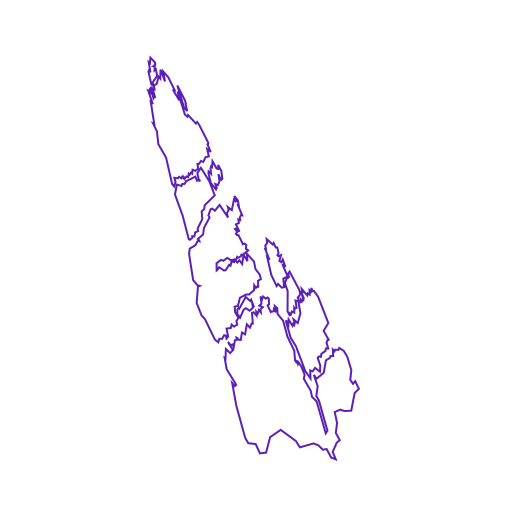 Aure nor, Møre og Romsdal, Norway, rotated 79°
{"feature_id": "86288312B29042304945393", "entity_name": "Aure nor", "entity_type": "district", "adm_level": 2, "iso_a3": "NOR", "parent_name": "Norway", "parent_adm1": "Møre og Romsdal", "projection": "natural_earth1", "projection_center": [8.387, 63.283], "detail": "fine", "context": "isolated", "style": "outline", "palette": "violet", "viewbox_px": 512, "rotation_deg": 79, "n_neighbors": 0, "source": "geoboundaries", "source_scale": "gbopen_adm2", "svg_char_len": 6101}
<svg xmlns="http://www.w3.org/2000/svg" viewBox="0 0 512 512"><g transform="rotate(79 256 256)"><path d="M406.0,180.3L397.8,182.5L400.0,185.1L395.6,187.1L386.2,184.2L372.4,185.6L365.8,188.0L362.1,191.9L363.9,193.1L363.1,196.1L364.5,197.1L362.5,198.4L368.9,199.3L368.4,201.9L370.1,202.8L371.8,207.3L383.6,211.8L388.0,220.0L383.7,221.9L395.6,220.3L404.9,223.5L409.9,221.8L441.1,219.2L443.4,221.4L410.4,224.2L404.9,227.9L398.6,228.0L385.6,232.5L381.9,230.9L373.1,232.6L368.8,234.4L370.0,235.3L367.4,235.3L366.7,236.2L367.8,236.8L366.0,237.6L356.3,236.5L341.2,240.5L324.8,241.7L317.0,245.9L311.3,245.1L308.7,247.0L315.0,247.2L311.8,248.6L313.6,249.1L313.7,251.7L312.4,252.0L313.0,252.0L313.4,252.3L306.7,254.0L305.8,252.3L300.1,251.6L298.9,252.6L299.7,254.6L297.1,256.7L299.8,258.3L296.5,259.3L303.9,259.7L305.4,262.2L307.5,259.1L309.2,261.8L312.3,262.0L309.6,263.5L312.9,265.4L310.8,266.4L314.5,266.9L310.8,269.0L311.1,270.8L321.7,272.0L321.5,273.2L325.2,275.6L321.3,278.0L330.8,281.7L328.5,284.4L335.5,287.0L334.6,289.8L333.5,289.6L332.5,290.7L334.6,290.6L334.8,292.8L341.3,295.3L338.4,295.8L338.8,297.7L335.0,300.0L344.0,296.6L346.4,299.9L341.6,303.3L350.8,305.5L350.0,306.2L361.5,306.4L378.6,300.0L379.7,301.5L376.1,303.6L399.1,303.9L432.5,301.3L438.3,299.3L440.5,292.2L450.5,289.8L450.9,283.6L436.5,276.7L431.4,264.9L445.3,252.1L452.2,249.4L451.0,235.2L453.8,230.8L458.9,227.4L459.0,223.5L468.1,220.7L470.8,216.5L462.9,218.1L454.6,212.3L452.8,208.9L444.9,211.4L435.4,208.3L424.2,208.5L422.9,202.6L425.1,198.7L426.0,192.0L409.3,185.3L406.0,180.3ZM225.4,271.5L225.1,269.7L229.0,267.5L221.1,269.7L220.3,266.5L216.8,266.4L217.8,264.7L215.2,264.6L212.9,262.9L213.4,261.8L201.4,264.3L203.0,263.3L198.0,263.2L193.0,265.8L199.3,265.1L196.4,266.9L206.4,271.0L202.5,274.3L205.7,274.1L208.5,276.5L212.9,276.1L198.9,282.0L203.7,287.7L201.1,290.0L201.5,291.7L207.1,295.0L209.3,294.2L218.6,301.8L224.8,303.8L228.2,309.9L230.0,308.7L230.7,308.7L229.7,309.9L233.9,313.5L236.1,319.6L241.1,321.3L267.7,322.3L274.8,318.3L274.3,317.5L274.6,317.0L274.9,318.8L290.7,323.2L303.9,320.8L308.4,318.1L330.2,312.3L333.5,309.5L330.3,307.8L330.8,305.0L327.7,302.4L328.3,300.8L332.6,300.7L330.3,300.4L329.9,298.7L321.6,298.8L321.9,294.5L318.6,293.0L321.1,291.1L319.8,287.6L316.1,287.6L313.3,285.0L307.1,287.2L301.7,286.6L301.4,283.2L293.9,279.7L291.9,272.9L292.5,270.3L289.2,264.5L284.4,263.3L287.3,262.2L285.9,260.3L287.5,259.8L280.7,258.8L279.6,255.6L274.9,255.9L268.8,259.0L261.1,259.0L252.1,264.5L259.4,265.4L252.4,268.0L261.2,271.1L257.0,273.1L258.9,275.6L255.8,277.5L257.8,278.6L256.8,281.1L260.7,282.9L259.5,284.1L264.1,288.4L264.2,290.1L260.0,294.4L262.3,296.7L262.7,297.4L255.6,296.1L253.1,291.0L254.5,288.9L252.4,284.7L255.2,281.6L255.5,276.1L253.3,274.7L254.3,274.1L253.5,271.0L251.9,270.1L252.6,268.7L248.9,262.6L246.9,264.6L243.3,263.4L241.5,265.0L242.0,266.6L232.2,269.2L231.8,270.7L230.4,271.5L228.8,269.8L225.4,271.5ZM145.2,280.6L136.3,282.5L137.2,281.8L136.0,281.2L116.6,286.7L113.2,288.2L114.5,289.7L104.7,295.8L106.2,296.7L103.6,298.8L79.5,301.5L88.7,301.5L77.8,305.6L76.7,305.0L79.1,303.8L63.8,308.0L57.3,311.8L67.3,312.0L54.8,314.2L63.6,316.1L61.5,317.3L68.1,320.7L69.3,323.8L70.0,323.7L73.1,324.0L71.6,325.7L81.6,324.7L80.0,325.7L81.3,326.6L71.0,327.3L72.5,328.9L74.5,328.4L75.6,328.6L73.7,330.2L87.3,328.3L82.5,329.8L107.3,330.7L106.4,331.7L114.7,329.5L127.6,330.5L142.3,325.5L169.2,324.6L172.1,323.1L167.8,320.9L163.7,321.2L164.8,318.0L163.6,316.4L165.5,314.5L164.3,313.5L166.5,311.8L164.9,311.8L166.2,311.0L164.7,309.2L165.6,307.6L162.4,306.3L163.5,305.6L161.7,303.9L163.0,302.9L159.2,301.8L160.9,299.2L159.1,296.1L154.5,295.9L154.7,294.3L152.2,291.8L153.6,289.8L149.4,286.7L149.2,283.3L141.8,283.5L145.2,280.6ZM335.6,197.8L307.8,202.8L301.2,205.9L301.3,207.4L297.9,207.6L301.6,209.1L300.0,210.0L304.2,210.7L302.6,212.4L304.5,213.2L297.2,217.3L300.3,217.3L299.9,218.5L307.2,217.0L305.7,218.0L308.3,217.8L309.1,219.1L307.3,220.2L309.9,220.3L309.9,222.0L304.8,223.0L301.9,219.8L297.7,219.9L277.7,226.0L279.5,227.8L283.0,227.7L284.3,230.5L288.3,232.8L296.5,231.6L316.3,235.6L321.4,234.1L318.7,233.9L319.9,232.8L317.3,231.4L318.9,229.2L314.1,228.4L315.3,227.9L314.7,226.1L307.2,225.7L308.5,223.1L320.6,223.3L329.8,227.8L325.4,231.2L329.5,230.8L330.5,231.4L328.1,231.8L331.0,231.9L330.2,232.8L331.5,233.5L324.6,236.1L329.4,237.3L324.9,238.7L326.4,239.0L342.8,237.6L352.3,234.0L378.2,229.6L386.6,225.9L378.7,224.6L380.0,222.3L377.1,219.4L381.8,215.3L375.8,213.8L367.8,214.9L366.6,213.6L367.4,211.5L364.5,210.5L362.5,205.9L360.2,205.1L359.8,203.3L361.5,202.6L354.5,203.3L351.5,201.4L352.9,200.4L342.4,203.9L335.6,197.8ZM188.6,284.9L173.6,287.6L158.9,293.3L163.5,297.8L170.2,297.6L170.9,296.9L172.2,296.9L170.6,297.3L170.9,299.5L166.5,300.4L169.2,309.9L171.7,312.7L171.1,314.5L173.0,315.8L170.8,320.1L180.2,323.8L202.5,320.3L227.7,318.7L226.4,318.4L227.4,317.6L226.1,315.1L224.4,314.8L225.1,312.8L221.2,311.2L220.5,308.0L217.8,308.0L209.6,301.7L201.8,300.8L200.0,297.8L196.4,296.7L188.6,284.9ZM272.3,229.2L264.5,230.4L267.0,232.2L265.3,234.0L259.9,231.3L260.5,234.0L259.4,234.8L257.4,233.3L251.7,233.5L251.4,235.0L246.6,236.2L247.9,237.4L241.4,242.3L245.2,242.5L247.6,244.9L252.4,244.8L249.6,245.9L262.3,243.5L259.7,245.2L277.6,244.6L289.4,241.5L287.6,239.7L292.0,236.7L291.9,234.3L283.4,233.5L282.1,228.8L269.0,231.7L272.3,229.2ZM165.9,273.8L159.4,275.8L163.4,276.4L162.6,278.0L154.6,280.6L160.4,282.2L159.4,283.0L161.5,284.0L166.8,284.4L164.0,286.4L165.7,286.9L175.8,286.4L183.0,282.6L181.7,281.8L182.7,281.5L177.6,282.2L179.2,280.0L175.9,277.6L168.5,277.3L173.5,276.2L174.6,275.4L173.8,274.3L165.9,273.8ZM305.9,267.7L297.9,269.1L299.2,270.2L294.3,273.9L304.5,282.5L303.6,283.0L305.0,284.5L309.2,285.4L313.5,283.4L306.4,278.4L305.3,275.9L308.5,272.6L306.1,268.8L304.4,268.8L305.9,267.7ZM60.4,318.6L53.5,318.7L54.4,320.2L50.6,319.2L50.1,320.6L48.9,318.4L46.7,318.2L41.2,321.8L46.5,323.3L45.2,324.3L55.6,324.6L53.1,325.5L54.5,326.4L67.4,326.0L70.1,323.9L65.8,324.3L60.4,318.6ZM93.4,295.6L89.1,296.2L73.6,300.7L96.5,298.3L100.6,295.9L92.3,296.1L93.4,295.6Z" fill="none" stroke="#5b21b6" stroke-width="2"/></g></svg>